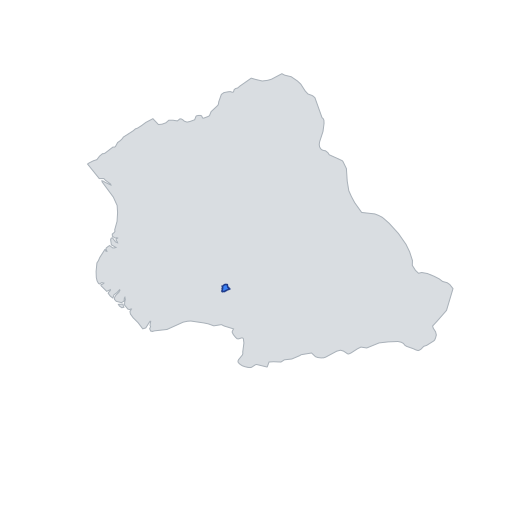 Tarka, Benue, Nigeria shown in context, rotated 53°
{"feature_id": "59680162B13650355505793", "entity_name": "Tarka", "entity_type": "district", "adm_level": 2, "iso_a3": "NGA", "parent_name": "Nigeria", "parent_adm1": "Benue", "projection": "albers", "projection_center": [8.881, 7.59], "detail": "fine", "context": "in_parent", "style": "filled", "palette": "blue", "viewbox_px": 512, "rotation_deg": 53, "n_neighbors": 0, "source": "geoboundaries", "source_scale": "gbopen_adm2", "svg_char_len": 4574}
<svg xmlns="http://www.w3.org/2000/svg" viewBox="0 0 512 512"><g transform="rotate(53 256 256)"><path d="M400.6,118.3L414.1,136.6L417.0,150.4L418.2,157.1L420.4,157.9L424.6,158.2L427.6,159.5L429.4,161.8L430.6,163.8L430.8,165.1L430.1,173.4L429.1,176.4L429.7,180.4L429.5,182.2L429.1,183.4L427.3,184.8L424.8,186.1L418.8,190.1L417.0,190.8L414.5,190.9L412.3,191.9L409.7,194.1L404.2,202.0L399.5,210.0L396.1,222.9L391.9,227.0L391.2,230.6L390.6,238.6L390.0,241.0L389.3,241.7L384.7,243.3L382.1,245.2L380.6,248.8L378.7,261.2L378.0,263.3L376.5,265.4L374.2,267.8L372.2,269.1L366.9,270.0L362.0,279.3L361.9,281.0L359.8,289.4L356.0,295.8L355.7,299.9L351.0,305.6L348.5,309.4L351.1,313.4L351.3,314.0L343.0,320.8L342.5,321.9L342.2,326.5L341.6,327.8L340.1,329.5L337.8,331.4L335.6,332.9L333.0,333.9L330.5,334.3L329.1,333.7L328.3,332.3L326.9,326.6L326.2,325.4L324.6,324.3L318.2,318.0L314.3,315.8L313.5,316.0L312.8,316.6L311.7,319.8L310.7,320.9L308.6,321.3L305.1,321.4L302.5,320.9L301.9,320.3L300.7,317.8L292.7,323.6L290.0,324.9L286.4,331.7L281.4,335.0L278.0,338.0L268.7,347.2L266.9,349.9L265.0,354.0L261.1,371.3L254.7,382.1L253.8,384.4L253.5,384.3L252.6,385.3L250.1,384.7L249.0,382.7L247.5,382.3L244.8,379.4L244.3,379.9L247.1,387.3L246.0,390.3L238.2,390.3L231.4,391.3L226.8,391.2L224.5,390.1L223.4,387.3L223.0,387.6L222.8,389.1L221.3,390.3L216.1,390.5L213.8,388.6L212.0,386.4L210.0,385.5L210.3,386.4L212.6,388.5L212.3,391.5L208.1,394.9L205.4,395.1L203.8,393.6L202.9,391.1L202.5,387.5L201.4,385.2L200.8,385.2L201.5,389.1L201.5,392.8L203.5,395.6L200.5,396.5L196.8,396.5L196.3,395.5L195.9,393.1L195.2,392.5L194.4,396.5L186.9,397.6L185.8,397.4L185.6,396.7L186.2,395.6L186.1,393.8L184.4,395.1L184.1,397.9L183.1,398.3L180.3,397.9L177.1,396.5L172.1,393.0L165.8,387.2L164.9,384.7L163.1,381.5L159.9,372.9L160.5,372.5L161.9,373.0L162.6,372.2L160.1,371.6L159.5,370.9L159.4,369.0L159.5,366.7L163.4,365.5L164.4,364.1L164.9,362.7L160.0,364.8L155.5,362.3L154.6,360.9L155.1,359.7L160.3,359.7L162.2,358.6L161.0,358.2L159.0,358.2L158.3,357.5L158.4,355.7L157.7,356.1L156.9,357.7L153.8,358.8L152.0,357.6L151.9,355.1L151.5,353.9L150.0,353.0L144.7,346.1L138.0,340.4L132.1,336.5L123.1,334.5L104.2,334.3L103.2,333.8L104.3,332.9L106.0,332.3L112.1,329.2L111.1,328.8L104.8,330.7L102.6,330.9L99.8,334.6L81.2,335.2L81.2,333.5L82.1,328.5L83.3,325.1L82.1,320.9L81.9,317.1L82.7,315.9L83.0,314.5L82.9,304.8L83.9,303.4L84.0,302.4L82.1,298.2L82.2,295.0L81.8,291.9L81.2,290.5L82.1,278.7L81.9,275.8L82.6,273.7L83.0,268.6L83.0,263.6L84.3,255.7L92.3,254.8L94.2,251.7L95.4,247.8L95.1,243.9L97.7,240.5L100.8,237.5L100.7,234.2L101.6,233.2L103.1,232.5L105.2,232.1L107.6,230.5L108.9,227.6L110.3,223.0L108.3,219.8L108.3,219.1L109.1,217.4L110.4,215.7L111.4,215.1L113.6,215.6L114.4,214.9L115.9,209.8L115.8,208.5L113.7,205.0L112.7,195.8L112.1,194.6L110.4,192.9L106.1,186.4L106.2,183.3L108.1,179.4L109.3,177.5L111.0,176.4L111.4,175.5L110.9,174.4L110.1,173.6L109.9,171.8L110.8,169.4L110.6,166.7L111.1,152.8L114.7,150.1L120.0,145.7L122.7,141.0L124.1,137.4L126.0,125.6L128.8,124.3L134.0,120.0L141.1,117.6L145.7,116.8L153.8,117.4L157.9,117.0L161.4,114.7L162.9,114.1L165.1,113.7L185.2,120.0L187.0,119.7L188.5,120.1L191.0,121.8L196.9,127.6L203.1,136.5L205.0,138.4L207.0,139.5L208.9,139.8L210.4,139.7L211.9,138.9L213.8,137.2L216.8,136.4L219.2,136.6L231.7,129.8L232.9,129.7L240.6,131.2L251.1,138.1L259.7,142.6L265.7,144.0L272.8,145.1L284.8,145.4L293.9,135.8L297.3,133.7L301.3,131.8L309.8,130.0L323.8,128.7L337.0,129.2L345.1,130.8L353.8,133.8L357.5,136.8L363.4,137.3L367.6,136.6L368.9,133.6L373.1,129.7L379.3,126.0L384.4,123.5L388.6,122.3L392.4,119.4L395.4,118.4L400.6,118.3ZM216.6,394.3L213.7,395.2L211.8,395.0L214.4,391.1L215.7,391.9L217.4,392.3L216.6,394.3Z" fill="#d9dde1" stroke="#a8b0b8" stroke-width="1"/><path d="M260.1,298.4L260.0,298.8L259.9,299.2L259.9,299.6L260.1,300.6L260.1,300.9L260.0,301.0L259.8,301.2L260.3,301.5L260.7,301.6L261.3,301.8L261.5,301.8L261.7,302.7L261.9,302.7L262.3,303.0L262.4,302.9L263.0,303.6L263.3,304.1L263.4,304.4L264.2,304.4L264.3,304.4L264.5,303.8L264.6,303.7L264.7,303.3L264.9,303.1L265.1,303.0L265.2,302.6L265.5,302.4L265.4,302.1L265.5,301.6L265.3,301.4L265.3,301.2L265.5,300.8L265.7,300.7L265.8,300.5L265.8,300.3L265.7,300.1L265.7,299.4L265.8,299.3L265.9,299.1L266.0,298.8L266.1,298.5L265.9,298.1L266.0,297.7L266.4,297.6L266.5,296.8L265.7,297.0L265.4,297.0L265.2,297.0L264.9,296.8L264.3,297.2L264.0,297.3L263.9,297.2L263.4,296.9L263.2,296.9L262.7,296.8L262.3,296.6L262.0,296.3L261.6,296.1L260.5,297.2L260.5,297.3L260.3,297.6L260.0,298.2L260.1,298.4Z" fill="#3b82f6" stroke="#1e3a8a" stroke-width="1.5"/></g></svg>